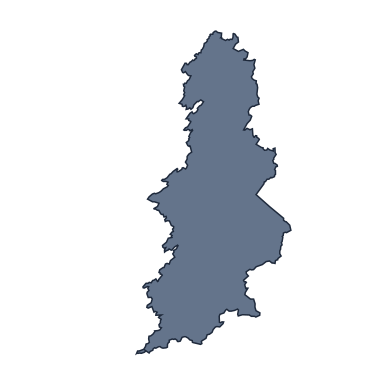 outline of Ballyjamesduff Lea-6, Cavan, Ireland, rotated 255°
{"feature_id": "5873133B36799193613940", "entity_name": "Ballyjamesduff Lea-6", "entity_type": "district", "adm_level": 2, "iso_a3": "IRL", "parent_name": "Ireland", "parent_adm1": "Cavan", "projection": "mercator", "projection_center": [-7.268, 53.897], "detail": "fine", "context": "isolated", "style": "filled", "palette": "slate", "viewbox_px": 384, "rotation_deg": 255, "n_neighbors": 0, "source": "geoboundaries", "source_scale": "gbopen_adm2", "svg_char_len": 6037}
<svg xmlns="http://www.w3.org/2000/svg" viewBox="0 0 384 384"><g transform="rotate(255 192 192)"><path d="M157.7,263.2L172.9,253.2L181.2,263.5L183.1,264.5L183.0,265.6L184.9,267.8L184.5,269.6L185.7,272.1L185.0,272.7L185.5,275.6L186.8,276.1L187.4,277.2L191.2,278.2L192.3,277.6L194.6,279.5L194.7,281.1L195.9,281.3L198.1,279.6L198.6,278.4L201.6,278.2L202.4,279.5L203.6,279.7L206.5,283.0L208.6,282.5L212.9,283.5L212.8,281.6L210.6,281.1L212.5,278.0L214.5,276.4L213.2,275.1L213.5,272.9L215.5,271.8L216.3,272.1L217.1,270.5L221.5,266.3L225.3,270.6L226.3,270.4L228.1,268.8L229.6,269.0L230.0,267.9L228.8,266.4L229.1,265.9L231.1,265.5L237.4,266.7L237.1,264.1L239.3,261.6L238.1,259.0L238.6,257.9L243.9,263.0L246.3,266.8L249.7,269.3L251.1,268.4L251.6,267.0L255.1,267.2L257.0,268.6L258.4,270.2L259.2,272.4L258.7,274.3L259.2,275.7L259.4,279.4L263.0,279.5L265.3,281.1L266.8,280.1L269.7,280.0L275.8,282.4L279.3,282.7L280.1,281.9L282.8,282.9L283.9,281.1L285.9,279.5L287.9,279.2L290.3,281.8L292.4,281.8L295.3,284.8L298.9,284.7L303.3,287.3L304.0,286.4L303.4,284.7L303.8,282.0L306.1,276.1L307.2,276.8L306.6,278.0L308.2,280.2L312.1,282.2L314.4,279.8L316.5,278.6L315.8,273.2L319.9,268.9L323.5,272.3L324.9,275.7L329.5,276.4L330.1,275.4L333.3,274.4L334.3,273.2L334.2,272.7L330.7,271.6L329.0,270.2L329.7,268.4L329.1,267.2L330.3,265.8L329.7,263.6L332.5,260.4L333.3,260.6L333.6,259.7L334.1,260.4L337.8,261.7L339.5,258.0L341.0,257.1L341.4,256.0L340.5,253.7L339.0,252.9L339.6,250.9L339.4,250.2L338.2,250.1L337.7,248.8L336.1,248.1L335.2,246.0L334.0,246.0L332.8,244.3L332.3,242.3L329.3,240.9L327.1,238.8L326.8,237.8L324.2,236.6L324.6,235.6L324.5,234.4L323.2,233.5L324.4,231.9L323.3,229.8L322.3,229.9L321.4,231.2L320.0,230.9L319.6,229.2L318.8,228.6L318.5,227.7L319.3,226.9L318.1,224.9L318.0,223.8L316.0,221.3L316.3,220.2L317.7,220.0L318.2,218.6L312.8,213.4L309.9,213.9L309.3,214.8L310.0,216.8L306.3,218.2L305.3,219.0L304.5,221.0L301.3,218.3L300.6,216.5L298.4,214.5L299.0,213.3L298.1,212.3L298.3,211.6L296.4,211.4L295.4,212.1L291.8,210.2L290.0,210.7L288.1,209.1L286.9,209.8L283.7,206.5L281.0,202.5L279.3,205.1L277.3,204.9L276.8,205.7L276.8,207.5L277.4,208.5L275.1,208.7L273.3,207.7L273.2,209.9L273.9,211.7L272.1,212.4L273.2,214.7L275.7,216.4L278.1,220.5L277.6,221.3L278.7,224.3L276.2,226.5L273.6,223.5L273.2,221.6L271.4,218.8L270.1,219.1L268.3,217.2L267.2,214.0L267.6,213.3L269.4,212.8L268.6,210.5L264.2,205.2L263.4,207.8L262.0,207.3L260.5,209.1L259.9,208.8L256.1,204.7L255.7,202.3L254.1,200.1L253.6,200.5L253.0,202.7L253.7,204.2L252.7,205.7L251.9,205.5L251.6,206.3L252.2,208.4L251.3,208.5L249.6,205.9L246.4,203.3L245.2,203.8L244.1,202.5L243.3,202.7L242.4,201.9L241.3,199.3L237.9,200.0L236.8,201.1L237.2,201.7L236.8,202.1L230.6,202.0L229.4,198.7L227.6,196.5L225.0,195.8L222.6,193.4L219.1,194.7L216.9,193.1L215.9,191.8L217.8,189.7L217.7,188.7L216.5,188.0L215.3,184.3L215.3,182.9L216.8,183.0L217.8,184.1L218.5,183.7L216.8,179.2L215.1,176.5L214.9,175.2L212.2,171.6L211.3,168.4L211.8,167.2L211.6,166.4L210.9,165.7L209.6,167.0L209.0,169.4L207.7,171.4L206.0,169.7L204.5,170.8L203.4,169.4L202.5,165.2L200.8,162.3L200.0,159.9L199.7,156.5L200.5,155.3L200.3,153.2L198.5,149.4L196.6,147.2L192.7,151.4L192.3,153.1L189.7,157.2L186.9,154.9L185.9,151.0L185.3,151.1L185.2,152.2L183.4,153.7L182.8,155.2L178.9,156.2L178.0,157.2L177.9,158.3L175.1,158.5L175.1,160.7L173.7,160.6L172.3,158.5L170.4,158.6L170.7,160.6L169.9,162.7L165.0,163.4L163.4,165.3L161.9,164.9L161.2,163.6L158.7,163.8L158.5,162.3L156.8,160.0L155.1,161.5L154.2,160.5L153.3,160.8L153.5,157.1L150.1,154.3L148.0,149.7L146.4,149.5L145.0,150.5L145.0,152.2L143.1,150.4L141.1,150.0L141.9,151.9L142.1,153.9L142.9,155.1L141.2,156.9L141.1,157.6L143.4,160.9L144.4,164.3L143.8,164.6L141.1,162.2L140.1,159.1L138.7,159.1L137.2,157.4L133.5,158.5L131.3,153.4L128.3,151.4L129.5,149.4L129.3,147.7L126.3,145.5L126.5,144.5L125.2,140.7L122.8,139.3L122.3,140.2L120.9,140.1L120.4,141.3L119.3,141.7L116.1,137.2L114.7,136.3L114.5,135.5L117.4,134.6L116.7,132.6L116.7,131.1L114.9,129.1L115.8,127.3L115.2,126.2L115.7,123.9L113.1,120.1L112.2,120.0L111.6,120.9L112.2,124.3L111.7,125.6L110.3,124.4L108.0,124.9L106.8,122.8L105.4,122.1L101.4,122.4L100.8,125.3L98.9,125.9L95.6,123.9L94.1,119.5L92.3,118.5L91.2,119.6L91.7,123.6L85.8,124.2L86.2,125.5L84.9,127.2L83.6,125.7L82.3,125.2L81.1,130.7L80.1,127.9L79.4,127.2L77.1,129.3L75.7,128.1L74.0,127.7L72.3,125.7L70.0,125.6L68.8,127.3L67.1,125.2L67.0,123.1L67.5,120.0L66.9,120.1L64.8,117.5L63.7,114.9L63.8,113.1L61.3,112.1L57.9,111.9L57.1,110.5L57.0,108.3L54.7,107.0L52.6,104.7L52.1,99.9L52.5,98.3L50.4,96.7L50.6,97.3L50.1,98.0L50.1,99.3L49.3,101.4L49.5,104.4L50.1,105.8L51.3,105.7L47.6,108.9L48.8,110.3L49.3,113.2L50.3,113.6L51.3,115.6L50.5,116.6L51.2,119.8L50.9,121.3L49.7,122.0L48.7,123.5L48.2,126.6L48.5,128.1L51.2,128.9L52.5,130.1L52.9,131.2L54.7,131.6L55.1,134.8L54.3,136.4L54.5,137.6L53.0,139.0L51.4,139.3L51.0,140.4L51.0,142.1L54.2,144.8L54.2,147.3L53.8,148.5L51.7,150.6L49.8,151.5L48.4,153.8L46.8,153.5L46.3,154.0L42.6,160.9L43.0,162.3L45.1,162.3L45.7,163.1L47.0,167.6L50.2,169.7L50.1,172.1L51.2,175.0L53.7,176.9L55.5,179.6L55.6,181.2L54.5,183.9L56.8,187.9L58.3,188.9L58.8,187.3L58.4,185.8L59.0,184.8L64.9,186.1L66.6,187.3L66.9,191.5L69.2,193.9L69.7,195.3L67.4,196.9L66.8,198.9L66.6,202.5L67.1,205.7L66.0,206.3L62.1,204.5L60.3,204.6L60.4,209.0L58.4,215.5L56.6,217.1L55.7,220.3L54.7,221.3L55.4,225.5L57.7,226.3L60.8,223.1L64.5,223.0L67.7,224.0L72.6,223.8L73.4,220.8L79.1,216.5L81.2,217.5L84.6,221.1L85.0,220.0L84.4,219.3L84.7,219.0L88.8,218.9L90.7,221.1L91.5,220.5L91.7,219.3L93.4,218.9L96.3,224.7L99.1,223.4L100.9,223.7L102.3,227.8L101.3,229.5L101.1,231.4L103.2,234.7L103.7,241.2L105.6,245.6L105.3,249.0L102.6,251.0L102.7,251.4L101.5,253.7L103.9,254.7L104.4,255.9L104.3,257.2L105.5,257.8L107.1,261.5L109.7,260.8L112.5,261.6L113.7,262.7L116.6,263.7L117.6,265.3L120.2,265.3L120.8,266.2L124.8,268.0L125.7,267.7L126.4,268.9L128.7,269.7L129.0,271.6L128.3,272.8L129.4,277.6L134.6,277.8L138.9,275.3L139.2,274.5L141.0,273.1L142.9,273.7L157.7,263.2Z" fill="#64748b" stroke="#1e293b" stroke-width="1.5"/></g></svg>